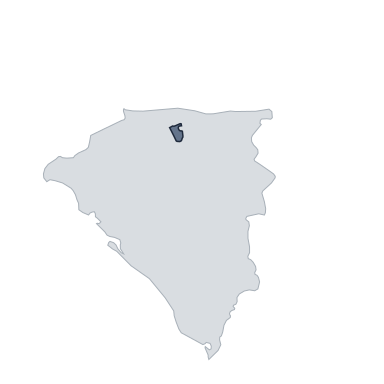 Nicaragua, with Masaya highlighted, rotated 132°
{"feature_id": "NIC-660", "entity_name": "Masaya", "entity_type": "Department", "adm_level": 1, "iso_a3": "NIC", "parent_name": "Nicaragua", "parent_adm1": "", "projection": "natural_earth1", "projection_center": [-86.121, 12.004], "detail": "fine", "context": "in_parent", "style": "filled", "palette": "slate", "viewbox_px": 384, "rotation_deg": 132, "n_neighbors": 0, "source": "natural_earth", "source_scale": "10m", "svg_char_len": 2744}
<svg xmlns="http://www.w3.org/2000/svg" viewBox="0 0 384 384"><g transform="rotate(132 192 192)"><path d="M305.2,67.4L303.8,69.6L302.3,71.0L299.1,78.0L298.0,78.7L297.7,73.5L295.8,72.8L293.6,74.6L292.4,77.3L294.3,80.8L296.0,80.8L298.1,81.8L303.8,105.8L302.6,110.1L299.2,116.8L295.9,122.4L292.6,126.0L288.6,141.1L284.9,165.7L287.6,187.8L286.4,208.2L287.5,213.0L287.9,219.0L285.2,220.1L283.6,219.9L282.1,216.3L282.2,213.0L283.8,209.2L284.5,204.1L283.7,201.4L282.1,207.2L279.3,209.9L277.5,210.8L275.7,213.8L277.6,219.3L280.1,223.4L280.9,226.4L280.0,229.9L279.4,241.8L278.6,241.5L277.7,239.9L275.1,239.7L274.8,244.5L275.0,247.2L272.8,249.3L272.0,251.4L273.8,252.8L275.8,253.7L278.3,253.5L280.3,259.4L280.9,264.2L276.3,268.7L274.7,272.3L272.0,276.8L270.5,281.2L270.1,284.3L271.9,294.3L275.2,301.3L277.9,305.8L281.5,306.8L280.7,311.5L278.0,314.5L273.0,317.0L267.6,317.4L258.7,315.1L255.0,314.8L253.6,313.6L253.2,311.2L250.6,307.7L245.9,303.1L243.2,303.4L238.8,302.4L231.5,299.2L228.2,298.9L223.3,301.6L217.7,305.1L204.1,299.6L194.6,295.7L186.0,292.2L183.7,290.8L181.8,291.1L180.2,292.9L178.3,296.2L177.7,297.1L176.7,298.0L175.6,298.3L175.6,296.7L171.4,290.3L164.7,282.5L139.2,258.6L129.8,244.3L124.7,234.0L119.9,228.7L106.2,217.7L103.0,213.4L89.4,198.7L78.9,190.2L78.8,186.5L83.1,182.0L85.2,182.2L87.5,185.4L91.2,189.1L92.9,189.2L95.5,187.5L95.5,185.7L109.5,185.0L112.0,184.1L114.6,181.4L115.9,177.6L116.1,174.0L116.6,171.4L118.9,168.9L123.0,168.1L126.1,167.8L127.0,166.1L126.1,160.6L124.4,147.2L124.0,143.5L124.6,140.7L125.9,139.7L132.1,139.0L143.8,140.1L146.1,139.3L150.8,131.7L155.1,126.1L158.3,123.6L160.7,122.8L163.5,127.8L173.4,134.9L175.1,134.5L176.1,134.1L176.4,133.1L176.2,129.8L178.7,126.8L183.8,124.1L189.0,119.4L194.2,112.6L198.6,108.6L202.4,107.5L203.9,105.6L203.0,103.1L203.3,99.5L204.8,94.9L207.0,92.3L209.9,91.5L211.0,90.1L210.4,87.9L211.0,85.5L213.6,81.6L219.9,78.2L223.4,79.3L226.4,83.9L230.6,86.9L236.1,88.6L240.3,88.0L243.3,85.1L246.0,84.3L248.4,85.4L249.6,84.8L249.8,82.4L251.0,81.8L253.4,83.1L255.4,83.5L257.3,82.8L258.0,81.7L258.3,80.5L259.7,79.6L264.4,80.5L269.6,79.1L275.5,75.5L279.3,73.9L281.3,74.3L283.5,72.5L286.2,68.4L292.3,66.6L305.2,67.4Z" fill="#d9dde1" stroke="#a8b0b8" stroke-width="1"/><path d="M162.7,234.8L164.4,237.0L164.6,237.9L162.5,243.0L160.7,247.6L160.5,248.0L160.1,249.2L159.1,251.7L158.7,251.5L156.0,250.6L155.9,250.5L155.2,249.4L153.7,248.6L149.1,246.5L148.6,245.7L149.8,244.1L151.2,245.3L151.5,245.5L152.1,245.7L152.5,245.6L153.0,245.5L153.4,245.2L153.7,244.9L154.0,244.5L154.5,243.5L154.6,242.1L154.5,241.8L154.2,241.4L153.5,240.5L153.3,239.8L156.4,236.3L157.3,235.5L158.7,235.2L160.4,234.4L161.3,234.3L161.5,234.3L161.8,234.5L162.7,234.8Z" fill="#64748b" stroke="#1e293b" stroke-width="1.5"/></g></svg>